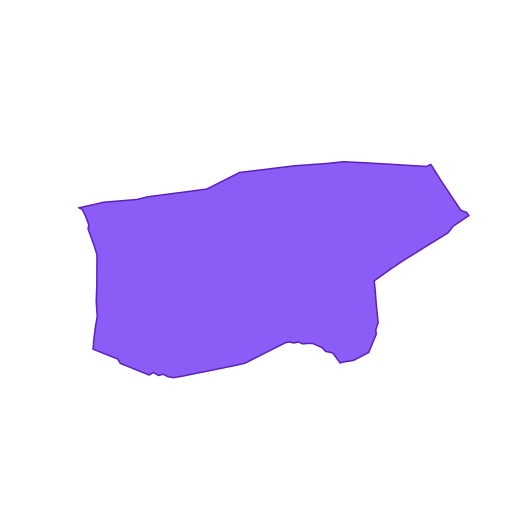 Talawdi, South Kordufan, Sudan, rotated 202°
{"feature_id": "16777658B54503315646042", "entity_name": "Talawdi", "entity_type": "district", "adm_level": 2, "iso_a3": "SDN", "parent_name": "Sudan", "parent_adm1": "South Kordufan", "projection": "robinson", "projection_center": [30.424, 10.544], "detail": "fine", "context": "isolated", "style": "filled", "palette": "violet", "viewbox_px": 512, "rotation_deg": 202, "n_neighbors": 0, "source": "geoboundaries", "source_scale": "gbopen_adm2", "svg_char_len": 1772}
<svg xmlns="http://www.w3.org/2000/svg" viewBox="0 0 512 512"><g transform="rotate(202 256 256)"><path d="M73.8,373.2L77.1,375.3L83.2,375.1L109.0,392.7L109.8,393.2L110.7,393.8L128.2,406.4L129.2,405.4L130.3,404.2L131.6,402.9L131.8,402.8L136.8,401.1L138.2,400.7L153.5,395.5L166.8,391.1L171.3,389.5L182.9,385.6L192.9,382.2L210.2,376.2L225.8,367.9L230.4,365.6L238.9,361.5L242.3,359.8L254.2,354.0L302.5,327.3L305.9,323.4L316.5,311.3L326.9,299.5L378.7,270.3L387.5,263.8L403.9,255.6L410.8,252.1L417.4,248.8L426.8,242.2L432.2,238.5L435.2,236.4L438.1,234.4L437.8,234.3L434.8,234.1L432.7,232.4L429.8,230.0L427.6,227.6L424.1,223.8L422.6,222.1L421.9,218.3L416.8,212.6L416.3,212.1L410.6,205.7L403.9,197.5L403.5,196.6L396.6,179.2L392.9,170.0L389.9,161.6L387.1,153.9L385.2,150.0L380.6,140.5L379.2,134.2L378.0,128.8L375.3,118.7L375.1,117.8L373.4,112.5L372.9,110.6L372.6,109.9L372.3,108.9L372.2,108.6L368.5,108.6L359.0,108.6L357.9,108.6L345.7,108.7L341.6,105.6L339.2,105.6L338.0,105.6L324.7,105.6L310.5,105.6L307.4,109.6L304.5,109.1L301.6,108.7L297.8,111.6L292.4,111.1L286.7,112.4L282.8,114.8L280.0,116.5L279.9,116.6L279.7,116.7L278.9,117.2L278.8,117.3L268.7,124.0L257.7,131.2L232.9,147.7L231.4,148.7L227.0,151.8L226.1,152.4L216.6,163.3L212.5,168.0L208.3,172.8L204.6,177.1L196.4,186.4L193.3,188.7L192.4,188.8L188.2,189.6L187.4,190.1L187.2,190.2L184.5,192.2L179.8,192.0L175.1,194.4L170.4,196.2L166.1,196.0L160.4,195.8L155.7,193.6L152.4,194.2L148.7,194.9L144.4,192.3L143.7,191.9L138.1,188.4L138.1,188.5L134.2,191.1L126.4,195.8L115.4,208.7L115.2,228.5L116.9,231.6L116.9,232.0L117.3,232.8L117.7,239.4L117.7,239.7L121.6,247.2L127.5,258.4L131.8,267.2L137.1,277.3L125.7,295.2L117.7,307.0L99.6,331.8L86.6,349.4L84.4,357.4L73.8,373.2Z" fill="#8b5cf6" stroke="#5b21b6" stroke-width="1.5"/></g></svg>